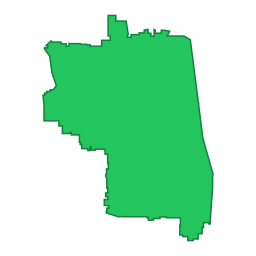 Wickepin, Western Australia, Australia (Equal Earth projection)
{"feature_id": "25037944B57924194295774", "entity_name": "Wickepin", "entity_type": "district", "adm_level": 2, "iso_a3": "AUS", "parent_name": "Australia", "parent_adm1": "Western Australia", "projection": "equal_earth", "projection_center": [117.609, -32.822], "detail": "fine", "context": "isolated", "style": "filled", "palette": "green", "viewbox_px": 256, "rotation_deg": 0, "n_neighbors": 0, "source": "geoboundaries", "source_scale": "gbopen_adm2", "svg_char_len": 3213}
<svg xmlns="http://www.w3.org/2000/svg" viewBox="0 0 256 256"><path d="M108.2,15.4L108.2,16.9L108.2,17.9L108.0,18.0L108.1,24.0L108.1,36.0L110.2,36.0L110.2,40.3L101.6,40.3L101.6,46.2L94.1,46.2L90.2,46.2L90.2,44.9L86.6,44.9L86.6,44.3L85.7,44.3L80.3,44.3L80.3,43.6L72.8,43.6L71.2,43.6L70.1,43.6L69.0,43.5L69.0,46.2L66.2,46.2L66.2,43.8L61.0,43.8L61.0,42.1L56.2,42.1L52.0,42.1L51.9,42.0L51.1,40.9L50.1,41.8L48.8,43.0L48.1,43.7L46.1,45.6L47.6,45.6L47.6,47.9L47.3,47.9L46.1,47.9L44.5,47.9L44.5,49.1L49.8,56.2L50.6,62.6L51.4,68.6L51.5,69.6L51.8,72.1L52.8,75.2L53.4,76.9L53.7,77.9L53.8,78.1L55.5,83.2L56.3,85.7L56.3,85.8L55.4,86.9L53.7,89.0L52.6,89.9L52.5,90.0L50.2,89.8L50.2,91.4L46.7,91.4L46.7,93.1L44.6,93.1L44.6,95.3L43.0,95.3L43.1,96.6L43.5,100.2L44.0,104.3L44.0,105.9L44.0,108.8L44.0,120.8L45.3,120.9L45.3,120.7L45.6,120.7L46.9,120.7L47.2,120.8L52.7,120.9L56.6,120.8L58.9,120.8L58.9,125.9L58.9,126.0L62.4,126.0L62.4,129.3L62.4,133.6L65.1,133.6L66.0,133.5L68.6,133.5L69.9,133.5L69.9,132.7L71.3,132.7L71.3,134.9L76.2,134.9L79.4,134.9L79.4,142.3L80.2,142.3L80.2,144.4L81.5,144.4L81.5,145.5L81.8,145.5L81.8,148.6L83.9,148.7L86.4,148.7L87.9,148.7L87.9,150.6L90.0,150.6L90.0,146.8L91.2,146.8L91.2,150.1L95.2,150.1L95.2,149.2L99.8,149.2L105.0,149.2L105.0,154.1L107.6,154.0L107.6,158.9L107.6,159.0L107.7,163.4L108.3,163.4L108.3,168.9L106.5,168.9L106.5,174.0L106.4,174.0L105.7,174.5L105.7,176.4L106.1,177.2L106.3,177.6L106.8,177.6L106.8,188.2L107.8,188.2L107.8,193.0L106.6,193.0L105.6,193.0L105.6,196.6L107.7,196.6L107.7,198.0L107.6,199.5L106.9,199.5L104.3,199.5L104.3,200.3L104.3,202.4L104.3,203.4L104.3,204.4L104.3,205.5L108.7,205.5L108.7,205.9L108.7,208.1L106.8,208.1L106.8,210.8L106.4,210.8L106.4,213.0L108.7,213.7L111.7,214.6L117.4,216.5L118.5,216.8L121.1,216.5L121.4,216.6L122.6,216.7L125.7,216.7L127.2,216.7L128.7,216.7L132.8,216.7L135.9,216.7L136.8,216.7L139.3,216.7L140.6,216.7L142.5,216.7L146.9,216.7L146.9,217.6L148.3,217.6L148.3,220.2L153.5,220.1L153.5,218.5L157.2,218.5L160.0,218.5L160.0,217.0L163.9,217.0L166.5,217.1L166.5,217.8L168.9,217.8L173.6,217.8L176.3,217.8L180.4,217.8L180.4,218.7L180.4,220.1L180.4,221.9L180.4,225.4L179.8,225.4L179.8,226.0L179.8,230.2L179.7,232.4L179.7,235.0L182.7,235.0L182.7,236.6L187.7,236.6L187.8,236.6L187.8,240.6L193.2,240.6L193.2,239.0L197.5,239.0L198.1,239.0L198.1,233.7L202.1,233.7L202.1,227.5L203.5,227.5L203.5,224.5L203.5,222.7L206.0,222.7L208.9,222.7L208.9,224.0L210.1,224.0L210.5,217.1L211.7,200.4L212.3,192.1L212.6,188.1L212.6,176.4L212.6,175.6L213.0,174.6L213.0,174.3L213.0,173.9L212.7,172.9L211.7,169.3L209.0,159.9L207.3,153.8L206.5,151.2L205.0,145.8L202.9,138.0L202.8,137.7L202.7,137.3L202.3,134.0L199.4,111.1L198.8,106.0L198.6,103.1L198.4,103.2L197.8,98.3L197.1,93.0L197.1,92.9L195.7,82.0L193.1,61.4L190.3,39.7L183.8,36.0L177.3,36.0L167.2,36.0L169.6,31.2L163.5,30.2L161.3,30.2L161.3,33.2L155.3,33.2L155.3,30.2L154.1,29.6L154.1,36.2L150.9,36.2L150.9,33.2L148.0,33.2L148.0,29.4L147.1,29.5L144.2,30.1L144.2,32.9L139.1,32.9L139.1,34.7L136.4,34.7L136.2,34.6L131.1,34.6L131.1,37.3L127.5,37.3L127.5,34.9L128.2,34.4L128.1,33.4L127.8,31.7L126.4,22.6L126.2,21.1L121.1,21.1L115.8,21.1L115.8,15.4L112.0,15.4L108.2,15.4Z" fill="#22c55e" stroke="#15803d" stroke-width="1.5"/></svg>